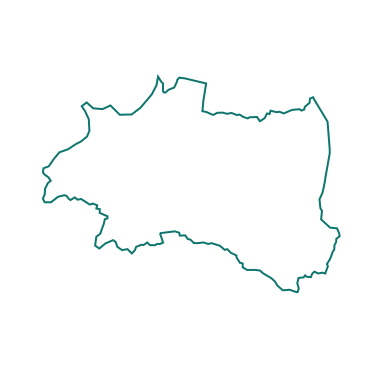 outline of Naguabo, Puerto Rico, rotated 168°
{"feature_id": "32010507B83389329504851", "entity_name": "Naguabo", "entity_type": "district", "adm_level": 2, "iso_a3": "PRI", "parent_name": "Puerto Rico", "parent_adm1": "", "projection": "robinson", "projection_center": [-65.745, 18.235], "detail": "fine", "context": "isolated", "style": "outline", "palette": "teal", "viewbox_px": 384, "rotation_deg": 168, "n_neighbors": 0, "source": "geoboundaries", "source_scale": "gbopen_adm2", "svg_char_len": 2568}
<svg xmlns="http://www.w3.org/2000/svg" viewBox="0 0 384 384"><g transform="rotate(168 192 192)"><path d="M154.3,104.3L146.2,102.6L141.7,101.0L139.7,98.0L132.3,91.2L129.4,87.1L128.0,82.8L123.7,77.0L116.9,76.1L113.8,74.3L110.6,72.3L109.5,72.1L107.6,75.5L108.0,80.9L105.6,85.8L100.6,85.3L98.6,86.9L97.2,85.1L93.5,84.0L91.2,87.3L88.8,88.6L85.5,86.1L81.2,86.0L78.6,84.6L74.5,91.2L75.0,93.5L70.9,97.7L66.5,104.6L64.9,105.9L63.8,110.1L61.4,113.2L60.5,116.3L56.9,117.9L56.6,120.7L57.7,126.3L64.3,128.4L71.4,138.4L68.8,146.4L69.8,149.5L68.8,158.3L64.6,164.0L62.1,169.3L59.1,176.6L58.7,177.9L49.2,201.3L48.5,204.7L45.9,224.1L44.8,232.6L53.5,257.9L53.8,259.5L57.1,258.9L58.5,254.8L64.1,251.7L65.0,249.4L68.1,248.9L69.5,250.6L77.0,251.5L85.9,249.8L89.9,252.4L92.5,252.4L98.2,255.2L99.9,252.2L102.3,253.2L105.5,249.2L109.4,247.6L110.8,247.1L112.9,251.9L120.2,253.1L122.2,252.4L126.3,254.8L129.3,257.8L132.2,258.0L136.9,261.1L141.5,261.2L145.6,263.3L150.9,264.2L154.6,263.1L155.6,263.1L161.2,267.2L165.0,268.9L161.6,279.8L155.6,295.2L175.1,304.5L180.7,306.5L183.0,304.8L184.0,302.7L187.7,297.9L193.6,296.9L197.4,294.8L199.0,295.4L199.4,296.9L197.8,304.3L199.1,306.0L201.2,311.9L204.6,303.7L211.1,295.8L216.2,291.8L219.6,289.2L224.8,285.2L225.8,284.7L226.0,284.6L234.9,280.4L238.6,281.1L244.5,282.2L246.6,282.6L249.0,286.3L253.8,293.6L255.4,293.2L260.0,292.2L262.2,291.7L268.3,293.5L271.4,294.5L272.7,296.4L276.4,301.5L282.0,298.9L279.6,292.7L279.6,292.4L277.8,284.7L279.0,277.2L279.6,273.3L282.7,268.7L283.2,268.0L290.1,264.5L291.5,264.1L292.7,263.8L293.1,263.7L296.5,262.7L304.2,259.6L313.5,258.4L320.2,253.1L326.8,246.9L330.9,246.3L332.3,246.1L333.7,242.6L332.9,240.1L329.3,236.1L327.9,232.3L331.0,230.8L335.1,225.7L336.4,220.6L339.2,216.5L338.3,212.6L332.0,211.3L324.0,215.2L317.4,215.4L315.5,214.2L313.8,210.7L312.5,209.4L307.8,211.1L305.6,208.3L301.9,208.2L294.5,200.9L291.4,201.3L287.5,198.7L289.0,195.7L285.8,194.4L286.6,190.7L279.7,185.8L280.2,183.8L282.9,183.5L284.8,179.4L290.4,170.3L294.9,168.1L297.9,159.7L294.4,156.0L287.3,159.7L279.1,161.3L277.1,159.1L276.4,153.9L274.9,152.2L272.4,149.7L267.0,149.5L263.6,144.4L260.1,146.8L258.0,150.0L252.6,150.9L250.3,150.2L246.3,151.9L244.2,148.8L239.0,147.6L237.1,148.5L234.1,147.8L230.8,148.5L231.8,157.5L231.2,158.3L217.0,157.1L212.9,154.8L213.1,151.9L207.5,150.9L205.9,146.9L203.4,145.7L200.9,141.8L197.2,140.8L191.4,140.3L186.9,137.8L183.5,137.9L175.9,133.6L172.0,128.6L169.3,128.7L166.7,124.5L161.7,120.7L162.1,119.1L159.9,112.9L157.3,111.5L158.0,107.7L154.3,104.3Z" fill="none" stroke="#0f766e" stroke-width="2"/></g></svg>